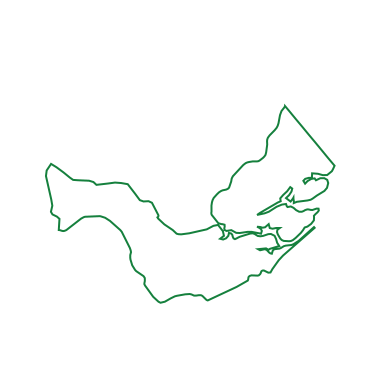 the border of Fatick, rotated 230°
{"feature_id": "SEN-764", "entity_name": "Fatick", "entity_type": "Region", "adm_level": 1, "iso_a3": "SEN", "parent_name": "Senegal", "parent_adm1": "", "projection": "equal_earth", "projection_center": [-16.406, 14.163], "detail": "fine", "context": "isolated", "style": "outline", "palette": "green", "viewbox_px": 384, "rotation_deg": 230, "n_neighbors": 0, "source": "natural_earth", "source_scale": "10m", "svg_char_len": 4083}
<svg xmlns="http://www.w3.org/2000/svg" viewBox="0 0 384 384"><g transform="rotate(230 192 192)"><path d="M150.0,190.8L142.2,190.5L137.9,188.3L138.1,183.5L135.6,185.3L134.6,188.4L135.1,191.7L136.9,194.0L134.9,195.4L133.2,195.3L131.6,194.5L129.7,194.0L128.3,194.6L127.8,196.3L127.4,198.3L126.9,200.1L122.8,209.8L121.3,212.0L119.6,213.0L116.1,214.1L114.2,215.8L112.7,218.2L110.7,223.3L109.1,225.5L105.4,227.1L102.0,226.2L98.4,224.6L94.5,224.1L98.4,215.1L98.5,213.5L101.2,212.5L105.7,205.9L103.6,206.7L101.4,211.0L99.6,212.0L96.0,212.2L94.6,212.6L93.4,213.5L95.3,216.4L95.2,218.4L92.4,222.6L91.9,224.3L91.5,227.4L90.7,229.3L87.5,234.1L86.8,236.1L86.0,242.2L86.7,262.9L85.7,262.9L84.8,220.9L84.0,214.6L81.3,204.1L79.9,200.4L81.2,198.6L85.7,196.6L86.5,195.5L86.7,194.4L86.3,193.5L85.7,192.5L85.3,191.5L85.2,189.7L85.7,188.6L89.9,184.0L90.6,182.3L90.6,181.0L90.1,180.1L89.4,179.4L88.8,178.7L88.3,177.8L90.6,165.2L98.8,134.4L99.4,134.0L100.2,133.7L105.5,133.2L106.5,132.9L107.3,132.4L107.9,131.7L108.5,131.0L110.1,128.4L111.3,127.0L112.1,126.6L113.8,125.8L115.3,124.7L118.0,121.0L122.2,113.7L123.1,111.8L124.2,107.3L125.4,100.7L127.4,96.7L129.5,95.8L136.7,94.9L150.5,95.9L152.1,96.3L152.8,97.0L154.1,98.6L155.0,99.4L156.4,100.5L157.6,100.7L158.7,100.8L167.2,98.4L168.9,98.3L174.3,99.1L179.7,101.4L181.3,102.4L183.4,104.2L185.1,106.6L186.7,107.5L189.0,108.4L206.7,112.6L209.0,112.6L222.6,110.6L228.1,108.9L232.1,106.4L232.8,105.8L241.6,94.4L242.1,93.5L242.4,92.4L242.9,89.9L243.6,71.3L243.9,70.2L244.3,69.1L244.9,68.2L245.7,67.5L247.8,66.2L248.5,65.5L256.6,73.2L260.0,72.7L264.5,70.7L267.5,71.2L271.3,76.2L276.6,79.3L298.1,90.4L301.9,94.5L304.1,102.1L298.1,104.1L289.4,106.2L281.5,107.7L277.7,108.7L274.3,112.2L266.8,120.4L263.0,122.9L258.9,123.4L252.5,133.1L248.7,139.1L244.4,143.5L239.3,147.8L227.2,147.3L219.3,146.8L215.9,148.8L212.9,152.8L209.5,154.4L195.7,151.3L194.8,150.3L194.8,149.2L193.4,149.0L185.0,150.0L175.2,152.8L170.0,153.4L168.4,154.5L166.5,156.5L162.1,163.4L153.9,179.3L152.3,186.7L150.0,190.8L150.0,190.8ZM198.0,318.5L191.3,318.5L181.2,318.4L171.1,318.4L161.0,318.3L150.9,318.3L140.8,318.2L130.7,318.1L120.5,318.1L118.9,314.8L118.0,312.5L118.1,306.4L120.9,303.0L125.0,300.2L129.1,296.0L128.3,295.3L126.6,293.7L125.7,293.1L127.8,290.5L129.3,287.2L129.0,284.5L125.7,284.0L126.1,287.5L125.4,291.7L123.6,294.7L121.3,294.5L120.1,299.1L117.6,302.2L114.4,303.4L111.3,302.1L108.4,298.1L107.7,294.1L109.0,285.5L109.4,280.1L109.8,277.9L111.3,275.0L117.1,266.0L118.1,262.9L119.0,263.8L121.5,265.3L122.5,266.1L122.1,265.1L121.3,261.4L126.9,260.1L127.2,264.4L128.4,268.5L130.2,271.0L132.6,270.4L131.4,265.4L131.1,259.9L130.4,255.5L127.9,254.0L128.8,251.0L132.3,230.6L132.6,227.1L129.0,233.9L127.5,238.2L126.3,247.3L124.6,252.7L122.4,256.3L120.3,255.5L119.1,255.5L117.4,258.4L114.6,259.6L111.2,260.1L108.0,261.4L106.3,263.4L105.7,265.2L105.4,267.1L104.6,269.1L103.7,270.1L101.9,271.5L100.8,272.7L99.2,276.8L97.9,278.2L96.3,277.2L95.8,275.1L95.7,272.4L95.4,270.1L94.0,269.1L91.9,267.1L91.0,262.8L91.3,258.2L92.4,255.5L91.4,252.5L90.7,249.1L90.2,242.0L90.3,238.3L90.9,236.2L91.9,234.7L95.6,230.8L97.5,229.9L99.6,229.7L104.4,230.5L106.7,231.4L108.2,233.2L108.0,236.1L110.3,233.4L112.1,230.1L114.4,228.4L118.1,230.1L118.0,225.3L119.3,223.1L121.3,221.8L123.6,219.5L121.6,220.4L119.4,221.0L117.3,220.5L115.7,218.1L123.1,212.1L125.7,209.0L129.9,202.2L132.3,199.6L137.5,197.6L140.0,193.4L142.0,192.5L143.3,193.3L144.6,194.9L146.0,195.9L147.6,194.8L148.6,193.8L151.2,192.1L151.3,192.1L161.7,192.4L162.6,192.7L163.5,193.3L164.4,194.3L169.1,198.2L171.3,200.7L172.5,202.5L173.5,204.8L174.2,209.6L174.4,212.4L174.1,214.8L173.6,216.5L171.9,219.7L171.4,221.4L171.5,223.2L174.8,228.7L176.8,231.1L177.8,233.4L179.7,248.3L179.7,250.0L179.6,251.7L179.1,253.4L178.3,255.0L176.4,258.2L174.1,260.9L173.1,262.3L172.7,263.7L172.6,265.3L172.5,268.5L172.7,270.3L173.2,272.2L174.8,274.4L180.0,280.1L182.6,282.1L183.8,283.3L184.8,285.0L185.5,287.9L186.2,295.1L186.8,298.2L187.7,300.3L189.1,302.5L194.3,308.8L196.5,312.6L197.4,316.9L197.9,318.4L198.0,318.5Z" fill="none" stroke="#15803d" stroke-width="2"/></g></svg>